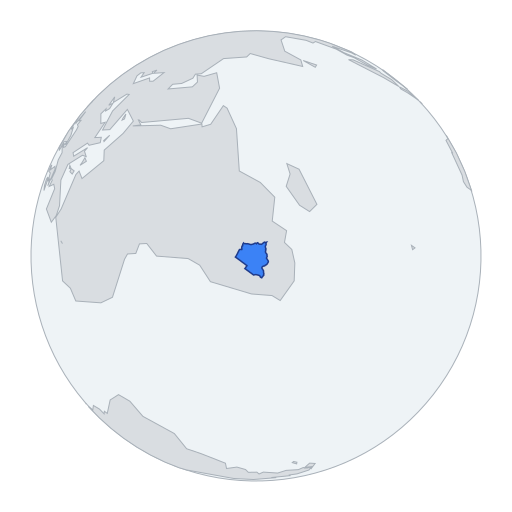 Botswana on an orthographic globe, rotated 308°
{"feature_id": "BWA", "entity_name": "Botswana", "entity_type": "country or territory", "adm_level": 0, "iso_a3": "BWA", "parent_name": "Africa", "parent_adm1": "", "projection": "orthographic", "projection_center": [24.585, -22.321], "detail": "fine", "context": "on_globe", "style": "filled", "palette": "blue", "viewbox_px": 512, "rotation_deg": 308, "n_neighbors": 0, "source": "natural_earth", "source_scale": "50m", "svg_char_len": 6953}
<svg xmlns="http://www.w3.org/2000/svg" viewBox="0 0 512 512"><g transform="rotate(308 256 256)"><circle cx="256" cy="256" r="225" fill="#eef3f6" stroke="#a8b0b8"/><path d="M34.2,216.5L34.3,222.1L38.1,219.9L39.0,226.9L38.1,233.5L40.3,232.1L40.4,235.7L52.8,229.7L62.1,233.0L63.9,246.0L60.0,265.6L65.8,301.0L61.4,320.0L66.5,334.6L73.9,359.5L70.4,363.6L77.9,370.9L81.3,379.2L80.8,383.1L86.2,389.8L86.1,392.6L90.2,394.8L98.3,406.7L105.7,411.8L113.7,420.9L118.5,423.5L118.6,424.6L120.7,427.1L123.7,429.2L120.0,429.5L109.6,422.5L104.0,417.1L103.8,418.0L90.9,404.5L93.8,408.4L78.3,391.6L66.9,375.3L44.7,333.1L42.2,326.8L41.9,326.2L37.5,311.0L34.2,295.4L32.0,279.7L30.9,263.9L30.9,248.1L32.0,232.3L34.2,216.5ZM128.9,430.3L121.7,430.4L124.5,429.7L119.5,424.6L125.8,425.8L128.9,430.3ZM117.2,416.0L115.5,411.8L117.2,412.1L118.7,415.2L117.2,416.0ZM279.5,32.0L277.9,31.8L269.4,31.1L277.4,32.1L276.6,31.8L281.1,32.3L283.1,32.4L286.3,32.8L285.7,32.7L301.4,35.3L316.9,39.1L332.1,44.0L346.9,49.9L361.3,56.8L375.1,64.8L388.3,73.7L400.9,83.5L412.7,94.2L423.8,105.7L434.0,117.9L443.3,130.9L451.7,144.4L459.1,158.6L465.5,173.2L465.6,173.4L469.1,183.0L474.8,202.5L475.7,206.0L475.7,211.0L474.9,206.2L468.2,186.9L470.4,200.2L475.6,218.8L477.6,235.9L475.1,226.5L472.7,211.3L470.3,204.0L468.4,191.8L461.6,170.8L458.9,169.8L456.8,162.7L447.0,144.3L441.7,142.7L435.1,152.6L438.1,170.6L434.1,176.1L419.3,144.6L412.0,126.8L407.1,126.1L391.6,108.9L366.0,100.7L362.0,96.3L357.2,96.8L346.2,91.2L340.0,84.6L333.5,83.9L350.1,101.7L357.0,102.8L362.3,98.2L365.6,104.5L376.2,112.2L365.8,124.0L327.2,131.4L322.9,118.0L290.7,83.6L291.3,80.5L291.2,80.1L290.8,79.5L288.4,84.5L282.6,78.8L300.4,100.4L303.7,110.4L326.7,132.1L324.6,134.0L331.9,139.2L354.4,137.7L354.7,142.2L344.3,162.2L312.7,190.5L316.6,214.1L313.9,234.6L293.5,247.3L294.8,264.5L284.2,270.1L283.2,280.2L274.4,290.9L259.9,301.4L235.8,302.5L234.7,293.0L223.3,275.8L207.7,235.9L214.1,217.3L212.2,204.1L194.7,177.7L198.6,162.2L193.8,156.7L184.0,159.7L178.5,153.5L172.5,154.4L135.1,168.3L123.6,162.6L109.6,141.7L116.3,129.6L117.3,118.9L163.2,74.4L173.1,73.5L209.4,63.9L214.0,64.3L209.9,71.2L237.4,77.4L246.0,71.2L270.6,75.8L286.8,76.3L292.3,64.4L265.6,63.0L260.8,57.5L282.0,53.7L305.2,56.6L304.1,54.6L289.2,49.1L294.4,46.7L284.1,47.2L288.4,49.2L282.0,49.9L277.7,48.2L279.7,47.2L272.6,46.2L264.9,52.1L268.5,54.8L250.1,56.1L254.3,61.0L249.4,63.5L240.5,56.3L241.2,53.7L224.8,48.2L222.4,50.9L237.7,56.6L233.0,56.3L229.8,61.0L228.5,57.2L212.4,51.4L195.7,55.5L174.7,70.2L164.9,73.7L156.6,73.9L164.0,61.9L185.1,55.9L188.0,52.5L183.5,50.2L190.3,48.8L191.0,47.4L199.0,45.7L210.0,41.0L218.0,39.6L222.2,36.4L226.9,35.5L223.1,37.5L224.8,38.5L244.8,36.9L248.6,36.1L249.6,34.4L255.0,34.6L253.5,33.2L264.9,32.9L249.7,32.4L250.6,31.5L257.3,30.9L254.9,30.8L243.9,31.8L242.0,32.4L244.7,32.9L237.0,35.9L230.2,36.9L227.9,34.4L217.9,36.0L220.5,34.2L239.0,31.4L259.3,30.7L279.5,32.0ZM147.8,92.8L146.6,95.9L147.8,92.8ZM330.4,67.3L343.9,70.6L336.8,62.7L341.5,63.5L337.4,60.8L336.3,62.1L326.1,55.3L331.6,55.0L329.4,52.5L324.7,51.3L316.3,53.2L330.8,62.5L328.2,64.6L330.4,67.3ZM35.0,212.5L34.9,212.8L34.8,213.3L35.0,212.5ZM187.5,43.6L190.2,43.4L187.2,45.1L177.0,48.6L181.2,46.0L187.5,43.6ZM194.8,42.8L195.3,40.3L201.7,38.6L198.0,39.9L202.2,39.0L197.4,40.9L202.9,42.4L200.6,44.2L183.1,48.7L190.1,46.0L186.9,46.1L194.8,42.8ZM219.1,61.5L222.6,61.4L228.1,60.7L226.2,64.0L219.1,61.5ZM207.9,57.4L211.1,56.6L211.1,60.3L207.4,60.7L207.9,57.4ZM212.8,53.5L211.2,56.3L209.9,55.0L212.8,53.5ZM226.0,36.9L229.4,36.4L229.8,36.7L227.9,37.6L226.0,36.9ZM287.8,66.0L283.1,68.0L280.6,66.8L282.7,66.3L287.8,66.0ZM253.2,64.9L261.1,66.4L252.6,65.8L253.2,64.9ZM360.1,371.9L360.3,376.3L357.4,375.5L360.1,371.9ZM350.9,236.5L334.2,272.2L324.0,270.9L322.8,259.1L329.5,236.9L341.6,232.4L347.8,223.4L350.9,236.5ZM478.2,293.4L478.3,291.9L478.6,290.3L478.3,292.4L478.2,293.4ZM478.8,288.0L477.9,274.8L476.8,267.3L477.6,264.8L479.3,273.8L478.8,288.0ZM477.5,264.3L475.1,246.7L467.7,208.0L470.4,211.9L477.3,239.7L477.0,242.0L478.5,254.5L477.5,264.3ZM480.7,272.4L480.6,272.9L480.6,264.9L480.3,260.2L480.2,246.1L480.3,241.4L480.8,244.2L480.8,241.0L480.7,272.4ZM439.1,172.8L443.8,186.2L441.2,186.5L439.1,172.8ZM440.4,385.4L440.1,379.9L442.3,373.7L446.6,368.6L458.2,346.1L458.0,347.9L464.1,334.5L466.8,335.0L468.2,331.7L460.6,350.4L451.3,368.3L440.4,385.4Z" fill="#d9dde1" stroke="#a8b0b8" stroke-width="1"/><path d="M258.5,238.2L258.4,238.4L258.4,238.7L258.5,238.9L258.6,239.2L258.8,239.4L259.0,239.6L259.2,240.0L259.4,240.4L259.6,240.8L260.4,241.6L260.5,241.9L260.6,242.2L261.0,242.7L261.1,242.9L261.1,243.3L261.6,244.4L261.9,245.1L262.1,245.2L263.0,245.9L263.7,246.5L264.6,246.9L265.3,247.2L265.6,247.4L265.7,247.5L265.9,247.9L265.9,248.5L265.9,248.8L266.6,248.8L267.2,248.9L267.4,249.0L267.5,249.1L267.4,249.3L267.4,249.7L267.5,250.0L267.4,250.3L267.3,250.7L267.3,251.2L267.4,251.4L267.9,252.0L268.2,252.4L268.4,252.9L268.5,253.1L269.1,253.3L270.4,253.6L271.2,253.8L271.8,254.0L272.1,254.1L272.1,254.7L272.2,254.9L272.2,255.1L272.3,255.2L272.5,255.2L272.9,255.3L273.2,255.6L273.4,255.8L272.5,255.8L272.1,256.1L271.8,256.5L271.4,256.8L270.9,257.0L270.4,257.2L269.8,257.2L269.1,257.6L268.5,258.3L268.1,258.8L268.0,259.1L267.7,259.2L267.5,259.4L267.5,259.6L267.3,259.7L267.0,259.6L266.9,259.8L266.7,260.1L266.2,260.3L265.8,260.4L265.6,260.7L265.4,260.8L265.2,260.8L265.0,261.0L264.6,261.5L264.1,263.6L263.8,263.8L263.3,264.2L262.9,264.7L262.7,264.9L262.5,265.1L261.5,265.3L261.2,265.4L260.7,265.6L260.5,266.3L260.2,267.1L260.0,267.7L259.8,268.3L259.5,268.9L259.3,269.1L259.0,269.3L258.7,269.4L258.2,269.5L257.8,269.5L257.5,269.5L257.0,269.7L256.6,269.7L255.9,269.6L255.3,269.5L255.1,269.4L254.6,269.0L254.3,269.0L253.8,269.0L253.5,268.9L253.3,268.7L252.8,268.2L252.2,267.9L251.8,267.7L251.3,267.6L250.9,267.7L250.6,267.8L250.4,267.8L250.2,268.0L249.9,268.4L249.7,268.9L249.7,269.2L249.4,269.9L249.1,270.8L249.0,271.0L248.8,271.2L248.5,271.4L247.7,272.0L247.2,272.8L247.0,273.0L246.6,273.1L246.3,273.2L246.2,273.3L246.0,273.7L245.9,273.9L245.7,273.9L245.2,273.9L243.7,273.9L243.3,273.8L243.0,273.8L242.5,274.0L242.3,273.9L242.2,273.5L242.1,272.9L242.1,272.4L242.3,272.0L242.5,271.7L242.7,271.3L242.7,271.1L242.7,270.9L242.6,270.6L242.6,270.3L242.3,269.6L241.9,268.6L241.4,267.6L241.2,267.3L240.9,266.9L239.8,266.0L239.6,265.9L239.5,265.0L239.5,263.8L239.5,262.7L239.4,261.6L239.4,260.5L239.4,259.3L239.3,258.2L239.3,257.1L239.3,255.9L239.2,255.0L240.1,255.0L241.1,254.9L242.3,254.9L242.8,254.9L242.9,254.7L242.8,254.0L242.8,252.4L242.8,250.8L242.7,249.2L242.7,247.6L242.7,246.0L242.6,244.4L242.6,242.8L242.5,241.2L242.5,240.4L243.5,240.4L244.6,240.2L246.4,239.9L248.1,239.5L249.2,239.3L250.4,239.1L250.9,239.0L251.0,239.1L251.8,239.9L252.2,240.6L252.3,240.8L252.5,240.8L252.7,240.7L253.3,240.1L253.4,239.9L253.8,239.6L254.3,239.3L254.7,239.1L255.2,238.9L255.4,239.0L255.6,239.1L255.8,239.2L256.8,238.5L257.2,238.3L258.4,238.2L258.5,238.2Z" fill="#3b82f6" stroke="#1e3a8a" stroke-width="1.5"/></g></svg>